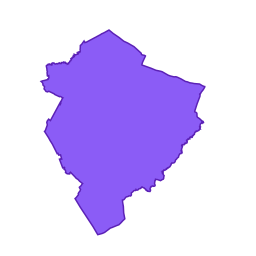 outline of Potcoava, Olt, Romania, rotated 260°
{"feature_id": "2599482B96526679969139", "entity_name": "Potcoava", "entity_type": "district", "adm_level": 2, "iso_a3": "ROU", "parent_name": "Romania", "parent_adm1": "Olt", "projection": "orthographic", "projection_center": [24.625, 44.467], "detail": "fine", "context": "isolated", "style": "filled", "palette": "violet", "viewbox_px": 256, "rotation_deg": 260, "n_neighbors": 0, "source": "geoboundaries", "source_scale": "gbopen_adm2", "svg_char_len": 5711}
<svg xmlns="http://www.w3.org/2000/svg" viewBox="0 0 256 256"><g transform="rotate(260 128 128)"><path d="M155.5,210.8L155.7,210.2L156.8,208.5L158.9,206.1L160.3,200.8L161.0,199.1L161.8,196.7L163.1,194.6L163.9,192.6L167.1,188.8L169.4,185.5L170.2,184.0L170.3,182.6L170.5,181.9L171.8,178.9L173.0,176.8L177.5,171.4L178.2,170.0L180.0,165.5L182.9,161.0L187.6,152.7L188.1,152.7L190.3,153.8L195.9,157.7L196.2,157.5L196.8,156.6L197.3,155.2L197.9,154.2L198.3,154.0L199.2,154.0L199.6,153.8L207.1,148.0L211.7,142.5L214.2,138.9L218.5,135.1L223.9,129.6L227.8,126.3L225.7,120.1L225.4,118.6L224.7,117.0L219.7,101.7L219.6,100.4L220.5,100.3L220.9,99.9L221.3,99.8L218.3,96.7L217.6,95.4L215.1,94.9L213.3,94.4L212.1,94.4L211.2,94.0L211.2,93.8L211.5,93.7L211.6,93.1L211.4,92.9L210.7,92.8L210.6,92.6L211.3,92.4L211.3,92.0L210.5,91.9L210.4,91.8L210.6,91.4L209.6,91.7L209.3,91.4L209.6,90.7L209.2,89.7L209.1,89.1L209.7,88.2L209.2,88.3L209.2,87.9L209.3,87.6L209.0,86.8L208.6,86.8L208.3,87.8L207.7,87.6L207.4,87.0L207.9,87.1L208.0,86.9L207.5,86.5L207.5,86.3L207.7,86.2L207.3,85.5L206.3,85.1L206.3,84.8L206.6,84.6L206.2,83.8L205.1,84.1L204.9,83.6L204.2,83.3L203.9,82.3L203.0,81.9L202.7,81.1L201.6,80.6L201.6,79.9L201.4,79.3L201.7,79.3L202.1,79.0L202.5,79.0L202.5,78.8L202.4,78.0L202.5,77.7L203.0,77.4L203.6,77.6L203.8,77.4L203.4,76.1L204.1,76.0L203.8,75.1L204.0,73.9L203.3,73.8L203.1,73.5L203.3,73.0L203.2,72.4L203.8,72.1L204.0,71.8L203.6,71.6L203.6,71.1L203.8,70.9L203.6,70.6L203.7,70.3L203.5,70.1L203.4,69.7L203.4,69.4L203.8,68.9L203.6,67.7L203.7,67.3L204.2,66.8L204.6,66.7L204.8,65.8L205.2,65.5L205.0,64.4L204.9,64.2L204.5,64.0L204.0,64.2L203.3,63.9L203.6,63.1L204.1,63.0L204.0,62.5L204.4,62.2L204.1,61.8L204.1,61.6L204.7,61.4L204.6,60.2L204.3,59.9L203.9,59.9L203.8,58.7L203.3,58.3L202.7,58.3L200.5,58.4L198.4,58.2L197.4,58.4L196.3,57.8L195.5,57.9L193.7,57.6L193.2,57.7L193.4,59.0L191.3,58.8L190.4,58.2L190.3,57.6L189.7,57.6L189.3,53.7L189.3,52.3L189.0,50.5L187.8,51.4L186.7,51.9L185.1,51.7L183.2,53.0L181.7,52.4L181.1,52.1L180.2,52.7L178.4,53.5L178.1,53.8L177.5,55.2L177.9,56.2L177.8,56.6L175.5,59.8L174.2,61.5L173.8,61.6L173.0,62.7L170.7,66.0L170.9,66.5L170.5,67.3L169.0,69.0L168.9,68.7L164.8,66.1L163.8,66.0L163.2,65.5L164.7,65.5L148.8,52.9L150.5,51.4L148.8,49.6L147.6,49.0L145.0,49.1L139.8,46.1L139.4,45.7L139.2,45.2L132.2,48.1L129.2,49.1L125.3,50.7L115.0,53.8L115.2,54.6L113.3,55.1L113.3,56.9L109.0,57.3L109.3,56.2L109.0,56.2L109.1,55.1L100.0,56.8L99.9,57.5L100.4,58.3L100.3,58.5L99.9,58.7L99.4,58.6L98.8,58.0L98.3,57.9L98.0,58.2L97.8,58.6L97.4,59.0L96.6,59.1L95.6,59.0L95.1,58.7L94.8,58.8L94.6,59.3L93.9,59.6L93.4,60.4L93.3,60.9L93.4,61.1L92.9,62.0L93.0,62.7L93.8,62.8L94.4,63.7L88.8,67.5L87.9,67.9L87.0,68.8L86.6,69.1L86.1,69.8L84.0,71.1L81.2,73.6L80.9,73.1L79.4,71.9L78.1,69.8L77.7,69.8L75.8,70.6L74.3,69.8L73.2,68.5L72.1,67.6L70.9,67.6L68.5,64.9L67.7,63.6L57.9,67.4L36.8,76.5L28.2,79.7L28.6,84.2L28.9,85.6L29.3,87.0L32.6,93.4L32.7,94.6L33.9,100.0L34.3,102.3L34.9,103.0L35.2,103.7L37.5,106.7L39.1,109.1L45.2,109.0L51.5,109.8L55.4,109.8L58.0,110.0L58.0,110.9L58.3,111.8L60.1,113.7L60.5,114.6L60.5,116.0L61.0,117.2L60.9,117.7L60.6,118.7L60.7,119.0L61.4,119.7L63.5,120.0L64.3,121.6L65.3,122.9L65.4,123.4L65.1,124.3L65.2,124.6L66.1,125.2L65.4,125.6L65.2,126.0L65.3,127.1L66.1,127.9L66.2,129.1L66.5,129.7L66.3,130.0L67.5,131.4L67.4,131.8L66.5,132.7L66.1,133.6L65.4,133.9L64.8,134.7L64.4,134.7L64.0,135.1L63.5,135.0L63.1,135.5L63.0,136.1L62.4,136.2L62.2,136.6L62.2,137.1L61.9,137.5L61.7,138.7L62.5,139.3L63.3,139.4L63.6,139.1L64.6,139.2L65.4,139.9L65.9,140.0L66.0,140.6L66.4,140.8L66.3,141.3L66.7,141.9L66.5,142.7L66.2,142.8L66.1,143.5L66.2,144.2L66.4,144.5L67.0,144.8L68.4,144.5L69.5,144.7L70.4,145.2L70.8,145.1L71.3,145.2L71.7,145.8L72.5,146.1L72.2,146.3L72.4,147.2L72.3,147.6L70.5,150.9L71.3,152.9L71.5,153.9L72.2,154.4L73.8,154.8L74.7,155.3L75.9,154.7L76.9,154.7L77.0,154.4L77.4,154.5L77.8,153.9L78.2,154.0L78.1,154.4L78.5,154.6L78.5,154.9L79.1,154.8L79.3,155.1L79.5,154.7L79.7,155.5L80.5,156.2L80.1,156.8L80.2,157.7L80.7,158.3L80.7,158.6L81.2,158.7L81.1,159.3L81.5,159.8L81.8,159.8L82.0,160.3L81.7,160.8L82.4,161.8L82.4,162.1L82.6,162.2L82.6,162.5L84.3,164.0L84.9,164.3L85.1,164.2L85.4,164.4L85.7,165.1L86.0,165.3L85.7,165.7L85.7,166.4L85.7,167.1L86.0,167.9L87.0,168.7L88.3,169.3L89.0,170.5L89.7,171.1L90.4,172.4L90.7,172.8L91.6,173.0L93.4,174.3L93.6,174.6L93.6,175.8L94.2,176.3L94.2,177.0L94.4,177.0L94.9,176.6L95.3,177.0L96.2,176.4L96.3,176.9L96.6,177.1L97.9,177.0L98.8,177.6L100.8,178.6L101.1,178.6L100.8,178.0L101.1,177.7L101.4,177.8L101.7,178.2L102.2,178.4L102.0,179.4L102.1,179.8L101.8,180.3L102.5,180.9L102.6,181.6L103.1,181.5L103.3,181.7L103.0,182.2L103.0,183.3L103.7,183.8L104.8,184.0L105.1,183.5L105.8,183.6L105.9,184.1L106.8,185.2L106.3,185.6L106.7,186.0L106.7,186.3L106.9,186.5L106.6,186.9L107.0,187.0L107.5,186.8L108.1,187.2L108.1,187.6L107.9,187.8L108.2,188.1L107.7,188.4L107.7,188.6L108.0,188.8L108.2,189.3L108.0,189.6L108.7,189.6L108.7,190.2L109.3,190.4L109.2,190.6L109.4,191.2L110.3,191.8L110.4,192.0L110.3,192.3L111.6,192.8L112.2,193.2L112.4,193.6L112.3,194.0L113.2,194.7L112.8,195.4L113.0,196.2L113.4,196.9L113.3,197.2L113.5,197.4L113.6,197.7L114.8,198.5L114.6,198.9L115.4,198.7L115.5,199.0L116.0,198.9L116.3,199.5L116.5,199.6L116.7,199.4L116.9,198.9L117.1,198.8L117.7,199.3L119.3,199.9L119.9,201.0L119.9,201.4L120.3,201.5L119.8,201.9L120.0,202.1L120.5,202.1L120.4,202.6L120.1,203.0L120.2,203.3L121.4,203.1L121.5,202.7L124.0,200.6L124.6,200.3L126.5,198.3L127.3,198.0L130.6,198.4L131.6,197.7L132.3,196.6L132.9,196.6L140.1,200.4L146.6,204.3L148.0,204.7L148.7,204.5L148.8,204.8L149.1,204.7L149.4,205.5L150.4,206.2L152.7,208.8L155.0,210.7L155.5,210.8Z" fill="#8b5cf6" stroke="#5b21b6" stroke-width="1.5"/></g></svg>